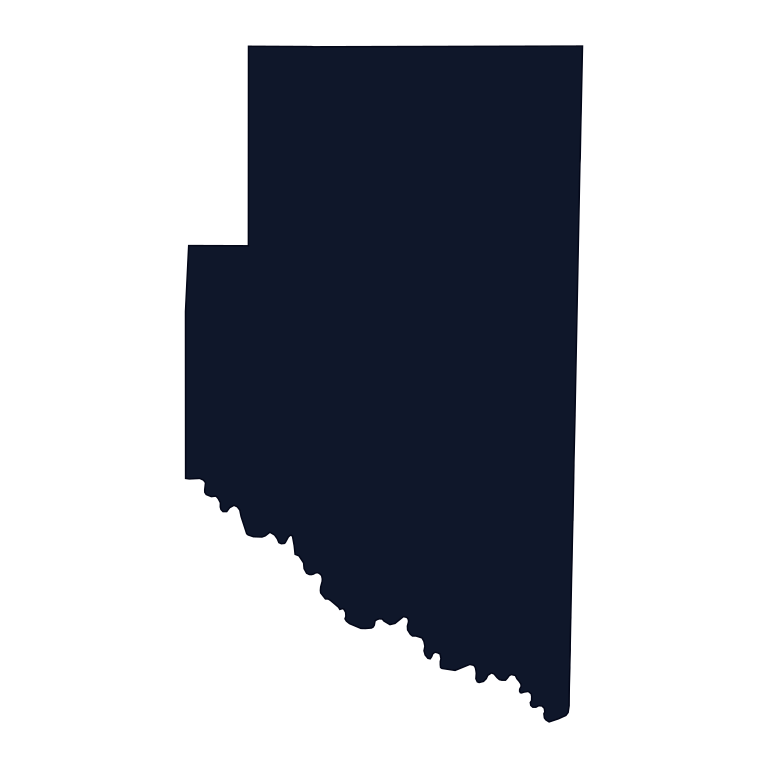 McCurtain, Oklahoma, United States of America
{"feature_id": "52423323B44791515343286", "entity_name": "McCurtain", "entity_type": "district", "adm_level": 2, "iso_a3": "USA", "parent_name": "United States of America", "parent_adm1": "Oklahoma", "projection": "equal_earth", "projection_center": [-94.759, 34.062], "detail": "fine", "context": "isolated", "style": "filled", "palette": "ink", "viewbox_px": 768, "rotation_deg": 0, "n_neighbors": 0, "source": "geoboundaries", "source_scale": "gbopen_adm2", "svg_char_len": 2516}
<svg xmlns="http://www.w3.org/2000/svg" viewBox="0 0 768 768"><path d="M185.5,311.5L185.6,478.4L189.3,478.9L199.8,478.4L203.5,480.1L205.5,482.7L204.7,490.0L204.8,492.3L206.2,494.5L211.3,496.6L215.7,496.1L217.1,497.2L218.4,498.9L220.4,502.8L220.3,507.0L221.0,509.5L223.0,511.6L226.7,511.6L229.6,507.7L234.0,505.3L237.3,506.8L239.8,510.1L241.1,516.5L246.7,533.7L248.1,534.9L253.4,536.7L262.0,537.0L265.3,535.8L269.9,532.2L274.6,535.0L277.3,538.8L278.9,542.6L281.3,543.7L284.3,543.4L285.2,542.7L288.3,537.0L289.9,535.5L291.1,535.2L292.5,536.2L294.2,545.7L295.1,554.3L298.9,555.8L303.6,562.9L304.1,568.7L306.6,573.2L309.3,574.5L311.4,574.6L313.4,574.1L315.7,572.8L317.9,572.7L319.4,573.5L320.8,574.7L321.7,575.8L322.3,578.9L322.2,581.3L320.7,586.9L320.4,590.4L320.7,592.9L325.4,598.9L328.3,599.0L330.6,600.5L338.6,607.3L339.8,609.4L342.5,608.6L343.8,609.1L345.6,612.3L345.9,616.3L345.0,618.8L346.4,621.1L349.5,623.6L360.9,628.4L365.3,628.5L371.5,628.0L373.2,627.0L374.3,625.1L375.0,621.0L376.6,619.8L379.2,618.8L382.3,619.0L383.9,621.0L389.9,624.6L395.0,623.4L403.4,616.6L405.8,617.1L407.4,617.8L408.4,619.8L408.5,621.9L407.4,626.1L407.6,629.9L410.4,634.3L412.5,636.0L416.0,636.0L422.0,637.9L423.9,641.3L424.9,646.2L424.0,650.8L424.9,653.9L425.1,654.9L427.9,658.3L430.2,658.8L431.7,656.6L432.6,654.1L433.9,652.9L435.5,652.2L437.9,652.9L440.1,654.1L441.0,658.8L440.3,661.4L440.3,664.8L440.6,667.5L441.9,668.4L455.1,670.4L469.8,664.4L473.8,665.3L475.3,667.5L475.9,670.2L476.3,673.3L475.9,678.7L477.3,681.8L479.1,682.5L483.5,681.4L486.2,678.7L487.8,675.3L491.5,672.9L494.1,674.0L497.1,677.6L499.4,679.6L501.9,680.2L505.5,680.2L507.3,678.2L509.2,675.6L511.3,674.5L515.4,675.5L516.9,678.7L519.2,681.4L520.9,684.0L521.2,686.3L519.7,689.2L519.6,691.2L520.4,692.7L521.6,692.9L523.9,692.1L528.3,691.4L531.2,693.8L531.7,696.3L531.6,700.6L530.3,702.5L530.8,705.4L532.8,707.2L535.9,707.2L538.7,705.7L541.9,705.9L544.3,708.3L544.8,711.9L543.9,713.7L544.4,717.9L545.9,719.9L549.1,721.9L558.4,718.8L565.9,715.4L568.1,712.5L569.1,705.7L569.2,694.0L569.3,686.3L569.8,667.7L569.8,664.9L570.2,649.8L570.2,645.7L570.7,620.0L570.7,619.9L570.8,617.7L570.8,615.7L571.3,590.8L571.4,585.7L571.5,580.4L571.5,580.2L572.0,559.5L572.3,543.4L572.8,520.8L572.9,520.5L573.7,477.8L573.7,475.4L573.9,465.6L573.9,462.9L575.0,415.6L575.0,414.1L577.5,286.6L579.9,163.7L580.2,158.0L580.8,125.3L581.0,116.4L581.1,112.6L582.5,46.1L313.6,46.8L310.8,46.6L248.5,46.3L248.4,245.8L188.7,245.6L185.5,311.5Z" fill="#0f172a" stroke="#020617" stroke-width="1.5"/></svg>